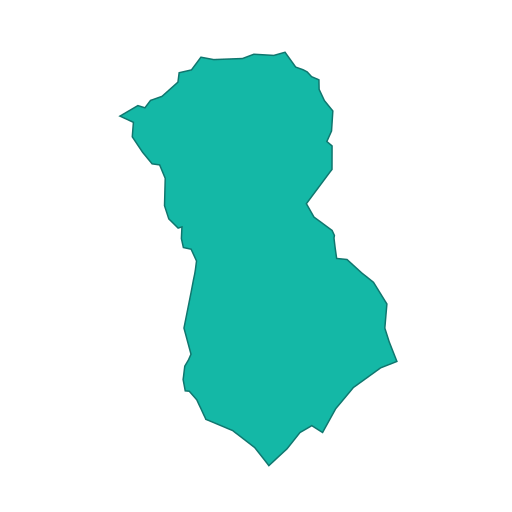 Arroyo, Puerto Rico, rotated 8°
{"feature_id": "32010507B29338824934020", "entity_name": "Arroyo", "entity_type": "district", "adm_level": 2, "iso_a3": "PRI", "parent_name": "Puerto Rico", "parent_adm1": "", "projection": "robinson", "projection_center": [-66.058, 17.997], "detail": "fine", "context": "isolated", "style": "filled", "palette": "teal", "viewbox_px": 512, "rotation_deg": 8, "n_neighbors": 0, "source": "geoboundaries", "source_scale": "gbopen_adm2", "svg_char_len": 1365}
<svg xmlns="http://www.w3.org/2000/svg" viewBox="0 0 512 512"><g transform="rotate(8 256 256)"><path d="M204.7,399.4L208.7,399.2L213.5,403.3L217.4,406.7L220.1,410.9L222.5,414.5L226.8,421.2L226.9,421.3L228.6,423.9L229.0,424.7L249.6,430.1L252.1,430.8L257.2,432.1L260.4,434.0L261.7,434.7L261.9,434.8L281.4,445.9L290.4,454.5L296.2,460.1L297.9,461.8L310.6,446.2L313.5,442.7L315.4,439.5L324.1,424.7L334.3,416.7L334.8,416.2L345.1,420.9L346.5,421.5L347.7,418.3L356.2,396.1L369.2,375.2L370.7,372.7L395.0,349.4L410.2,340.8L399.8,322.4L393.6,309.5L392.3,285.3L382.4,273.4L376.0,265.7L363.1,258.1L346.6,246.8L336.2,247.2L333.2,236.8L330.7,227.3L330.8,224.8L327.8,220.1L308.0,209.4L298.6,197.2L303.8,187.7L317.7,162.3L319.2,159.7L316.0,136.4L310.2,132.8L313.4,121.7L311.9,101.7L302.1,92.6L295.3,82.2L293.8,72.8L286.1,70.7L281.1,66.6L277.0,65.1L269.0,63.4L256.4,50.2L245.7,54.9L225.8,56.5L215.2,62.3L186.8,67.4L173.8,66.8L166.2,80.7L154.4,85.2L154.5,94.7L140.7,111.0L129.9,116.6L125.4,124.7L118.1,123.5L101.8,136.4L116.0,140.7L116.9,155.2L129.4,169.2L140.3,179.2L147.9,179.2L155.3,191.7L158.4,218.9L164.5,231.4L175.0,239.2L178.6,237.5L179.7,249.1L182.9,257.7L190.8,258.3L197.8,269.2L197.9,278.1L197.8,282.4L197.4,288.2L196.8,300.7L194.7,337.4L205.3,362.3L203.6,368.3L200.8,375.0L201.0,385.4L201.0,388.4L204.7,399.4Z" fill="#14b8a6" stroke="#0f766e" stroke-width="1.5"/></g></svg>